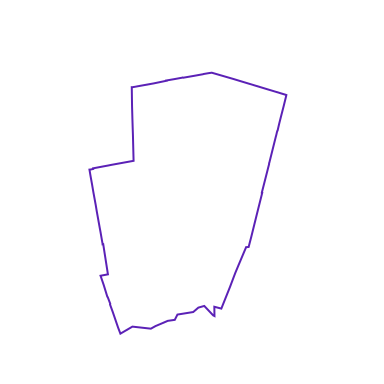 Unirea, Braila, Romania (Albers equal-area conic projection), rotated 243°
{"feature_id": "2599482B9026576063852", "entity_name": "Unirea", "entity_type": "district", "adm_level": 2, "iso_a3": "ROU", "parent_name": "Romania", "parent_adm1": "Braila", "projection": "albers", "projection_center": [27.767, 45.095], "detail": "fine", "context": "isolated", "style": "outline", "palette": "violet", "viewbox_px": 384, "rotation_deg": 243, "n_neighbors": 0, "source": "geoboundaries", "source_scale": "gbopen_adm2", "svg_char_len": 1327}
<svg xmlns="http://www.w3.org/2000/svg" viewBox="0 0 384 384"><g transform="rotate(243 192 192)"><path d="M289.3,263.8L289.4,263.5L290.4,260.6L291.9,255.8L291.9,255.4L294.4,247.1L297.8,236.1L298.2,235.8L298.3,235.2L300.6,227.5L303.0,219.8L302.7,219.8L306.2,207.0L312.5,186.2L312.7,185.9L295.8,177.6L283.8,171.9L275.3,167.9L269.3,165.1L246.3,154.1L252.9,132.1L253.7,129.2L255.1,124.5L258.0,114.6L257.4,114.4L258.0,112.1L258.5,110.8L251.8,108.7L244.5,106.5L236.5,104.0L224.1,100.3L217.8,98.3L201.9,93.5L197.5,92.2L188.8,89.5L186.4,88.8L186.0,88.6L185.8,89.2L156.8,79.7L158.9,72.5L149.1,71.1L137.1,69.0L136.6,69.2L129.5,68.4L129.0,67.9L120.9,66.9L104.8,64.6L98.3,63.9L99.1,77.8L88.9,93.3L89.1,98.7L88.2,111.9L85.9,118.6L89.4,123.4L84.5,138.6L86.1,145.2L84.9,151.2L73.0,154.7L72.9,154.8L72.7,154.9L72.4,154.9L71.3,155.7L79.6,159.8L74.8,165.2L90.2,182.8L97.4,190.7L100.3,193.9L105.4,199.9L118.3,215.2L117.7,216.5L117.3,217.5L122.6,222.2L123.5,223.0L124.5,223.9L142.4,239.4L159.4,254.2L159.7,253.9L176.1,268.3L179.2,271.0L181.9,273.4L182.2,273.5L182.8,273.9L183.0,274.2L189.9,280.2L202.9,291.5L204.1,292.6L205.5,293.8L206.6,294.7L207.7,295.7L207.8,296.1L213.4,300.8L218.9,305.6L226.6,312.4L234.7,319.4L235.6,320.1L247.5,307.7L266.3,288.1L273.9,280.2L289.1,264.0L289.3,263.8Z" fill="none" stroke="#5b21b6" stroke-width="2"/></g></svg>